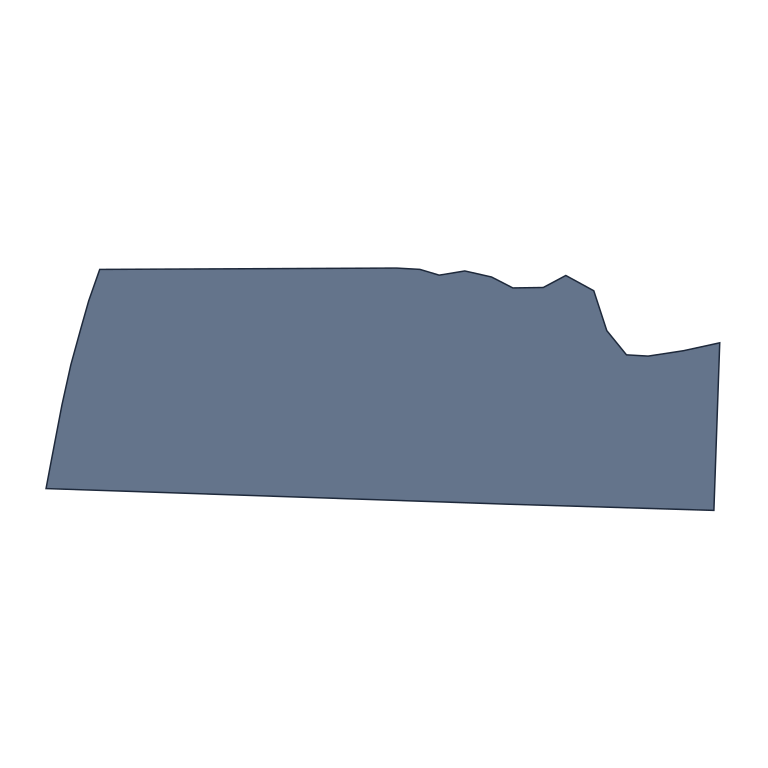 Madre de Deus, Brazil (Equal Earth projection), rotated 2°
{"feature_id": "56859067B85050337998632", "entity_name": "Madre de Deus", "entity_type": "district", "adm_level": 2, "iso_a3": "BRA", "parent_name": "Brazil", "parent_adm1": "", "projection": "equal_earth", "projection_center": [-38.635, -12.74], "detail": "fine", "context": "isolated", "style": "filled", "palette": "slate", "viewbox_px": 768, "rotation_deg": 2, "n_neighbors": 0, "source": "geoboundaries", "source_scale": "gbopen_adm2", "svg_char_len": 450}
<svg xmlns="http://www.w3.org/2000/svg" viewBox="0 0 768 768"><g transform="rotate(2 384 384)"><path d="M718.1,331.1L682.0,340.3L647.0,346.9L625.3,346.4L604.8,322.9L590.4,283.5L561.9,269.2L539.8,282.0L509.4,283.5L487.7,273.3L460.8,268.2L435.3,273.3L415.9,268.2L392.4,267.7L95.9,279.4L86.0,311.1L79.2,338.7L70.4,375.6L62.9,416.0L54.1,472.7L49.9,500.3L514.3,499.8L718.1,498.8L718.1,331.1Z" fill="#64748b" stroke="#1e293b" stroke-width="1.5"/></g></svg>